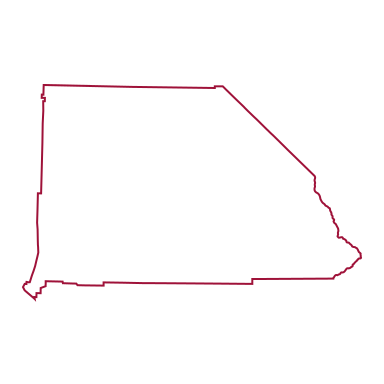 the district of San Bernardino, California, United States of America
{"feature_id": "52423323B23069932539838", "entity_name": "San Bernardino", "entity_type": "district", "adm_level": 2, "iso_a3": "USA", "parent_name": "United States of America", "parent_adm1": "California", "projection": "orthographic", "projection_center": [-115.127, 34.84], "detail": "fine", "context": "isolated", "style": "outline", "palette": "rose", "viewbox_px": 384, "rotation_deg": 0, "n_neighbors": 0, "source": "geoboundaries", "source_scale": "gbopen_adm2", "svg_char_len": 3467}
<svg xmlns="http://www.w3.org/2000/svg" viewBox="0 0 384 384"><path d="M314.7,176.1L299.1,160.9L288.0,150.1L286.5,148.6L277.3,139.5L272.4,134.7L271.9,134.3L269.8,132.3L268.0,130.5L267.9,130.4L266.7,129.3L256.7,119.4L253.7,116.6L248.0,111.1L245.8,108.9L245.6,108.7L244.6,107.7L243.9,106.9L236.0,99.3L224.7,88.3L224.6,88.1L222.8,86.4L222.7,86.3L214.8,86.3L214.8,88.0L132.2,86.9L43.7,85.0L43.4,94.7L41.8,94.6L41.7,97.9L44.9,97.9L44.8,101.2L43.2,101.2L43.3,110.9L42.7,123.5L42.4,143.1L41.9,162.8L41.1,193.4L37.9,193.3L37.5,209.6L37.1,222.7L37.6,229.3L37.8,240.6L37.9,244.0L37.9,244.6L38.1,247.1L38.3,252.6L37.3,257.0L36.5,260.2L35.1,266.2L35.0,266.5L33.5,271.1L32.4,274.1L31.8,275.8L29.8,282.2L28.5,282.3L26.5,281.9L26.4,282.3L26.4,284.0L24.7,283.9L23.0,287.1L24.7,290.4L34.0,298.3L34.7,299.0L34.4,297.0L36.4,297.1L36.5,293.1L40.6,293.2L40.7,288.0L45.6,286.2L45.7,282.9L45.7,281.2L48.8,281.3L62.6,281.6L62.9,283.2L63.0,283.2L72.2,283.5L76.3,283.6L77.5,285.2L85.9,285.4L87.4,285.4L103.6,285.6L103.6,282.4L122.9,282.7L142.1,283.1L161.6,283.2L190.8,283.4L217.6,283.6L252.3,283.9L252.3,279.0L260.5,279.0L333.4,278.6L333.5,277.7L334.1,277.1L334.3,276.7L334.8,275.9L335.2,275.5L335.6,275.2L336.1,275.0L336.5,275.0L337.5,275.2L338.6,274.5L339.5,274.3L339.8,274.2L340.3,273.7L340.7,272.9L341.0,272.6L341.4,272.4L342.5,272.5L343.6,272.2L343.9,272.0L344.7,271.3L346.5,268.8L347.0,268.4L348.1,268.2L348.7,268.4L350.0,268.0L351.0,267.3L351.3,266.9L352.3,266.5L352.5,266.3L352.7,265.7L352.6,264.9L352.7,264.7L352.8,264.5L353.6,264.1L353.9,263.8L354.2,263.3L355.8,261.6L357.0,260.6L357.1,260.4L357.3,260.0L357.4,259.8L358.0,259.5L358.2,259.3L358.3,259.1L358.3,258.9L358.5,258.7L358.9,258.5L359.2,258.5L359.8,258.4L360.0,258.4L360.5,258.4L360.8,258.2L360.9,257.9L361.0,257.6L360.9,257.3L360.7,256.7L360.7,256.4L360.8,256.0L360.6,255.1L360.5,254.3L360.6,253.8L360.6,253.5L360.3,253.2L358.8,251.9L357.7,249.5L357.3,248.9L357.0,248.4L356.6,248.1L356.2,247.9L355.7,247.7L354.9,247.1L353.6,247.0L352.4,246.6L352.1,246.3L351.7,245.4L350.7,244.4L350.3,244.2L350.0,243.9L348.9,242.7L348.6,242.6L347.4,242.5L346.8,242.3L346.7,242.1L346.5,241.9L346.4,241.6L346.3,240.9L346.1,240.5L345.5,239.9L344.5,239.2L343.8,238.9L343.2,238.8L342.8,237.9L342.6,237.6L342.3,237.3L341.9,237.2L341.7,237.2L340.4,237.4L339.8,237.6L338.8,237.7L338.6,237.6L338.3,237.3L337.6,236.5L337.6,236.2L337.9,235.1L338.1,234.5L338.1,234.3L337.9,233.0L338.0,232.3L338.1,231.9L338.4,231.0L338.3,230.0L338.1,228.5L337.3,227.0L335.8,224.1L334.3,222.9L333.6,221.6L333.6,221.2L333.8,220.8L334.0,220.6L334.1,219.6L333.7,219.1L332.7,218.3L332.5,217.4L332.5,217.2L332.6,216.5L332.5,216.0L332.2,215.6L331.7,215.0L331.5,214.7L331.5,214.4L331.4,214.1L331.5,213.6L331.5,213.3L331.4,213.1L331.3,212.8L331.2,212.6L331.2,212.3L331.0,212.1L330.5,211.2L330.2,210.6L330.0,209.4L329.9,208.8L329.8,208.4L329.6,208.2L329.1,208.0L328.7,207.8L328.3,207.5L327.9,206.9L327.4,206.5L326.7,206.2L326.1,205.9L325.5,205.6L325.1,205.1L325.0,204.8L324.7,204.4L324.3,204.0L323.3,203.3L322.7,202.8L322.2,202.2L321.7,201.5L320.5,199.2L320.2,197.9L320.0,196.9L319.6,195.7L319.0,194.6L318.5,194.0L317.8,193.3L317.4,193.1L316.0,192.3L315.6,191.9L315.0,191.2L314.7,190.5L314.6,190.2L314.5,189.1L314.5,188.7L314.6,188.0L315.0,186.7L315.0,186.1L314.8,185.1L314.8,184.7L314.8,184.1L315.1,183.2L315.1,182.7L314.9,181.8L314.6,180.9L314.6,180.2L314.6,179.8L315.0,178.5L315.1,177.9L315.1,177.2L315.0,176.9L314.7,176.1Z" fill="none" stroke="#9f1239" stroke-width="2"/></svg>